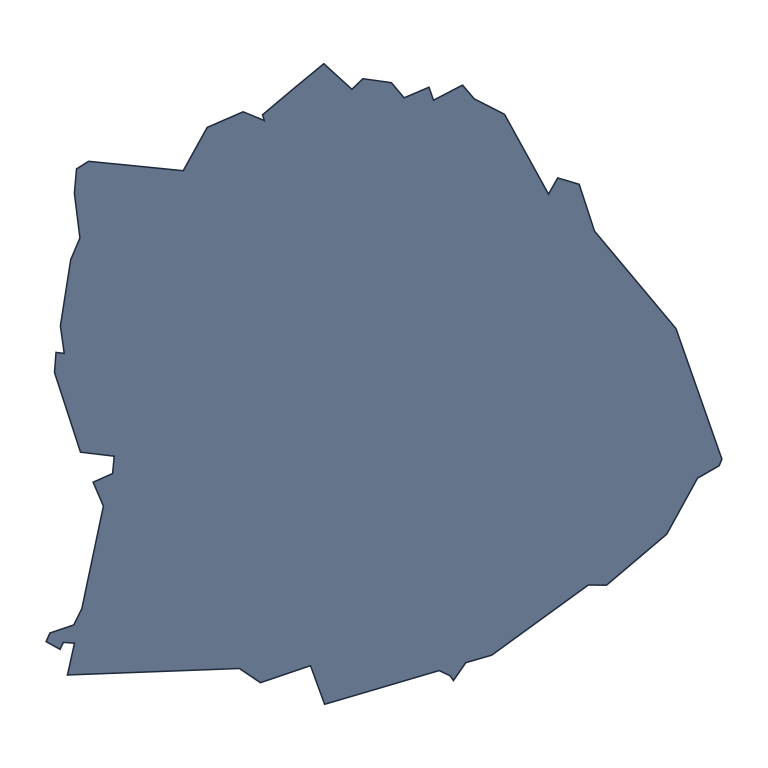 the district of Cumberland, Tennessee, United States of America
{"feature_id": "52423323B38317111384008", "entity_name": "Cumberland", "entity_type": "district", "adm_level": 2, "iso_a3": "USA", "parent_name": "United States of America", "parent_adm1": "Tennessee", "projection": "equal_earth", "projection_center": [-85.048, 35.958], "detail": "fine", "context": "isolated", "style": "filled", "palette": "slate", "viewbox_px": 768, "rotation_deg": 0, "n_neighbors": 0, "source": "geoboundaries", "source_scale": "gbopen_adm2", "svg_char_len": 822}
<svg xmlns="http://www.w3.org/2000/svg" viewBox="0 0 768 768"><path d="M462.5,85.1L433.5,100.2L429.0,87.2L404.1,97.8L391.4,82.7L362.9,78.7L351.9,89.3L323.8,63.7L292.8,89.3L262.5,114.8L264.3,120.5L243.1,111.8L207.2,127.4L183.2,170.7L88.6,161.3L76.5,168.9L74.4,193.3L79.9,238.0L70.7,259.7L60.4,325.9L64.2,353.4L56.0,352.4L54.5,372.5L80.5,452.2L114.2,456.2L112.6,473.5L93.1,482.2L103.4,506.1L81.8,608.7L73.8,624.9L49.9,633.0L46.1,641.6L60.1,649.4L63.4,642.4L74.5,643.2L67.9,673.0L67.3,675.0L239.4,668.5L260.4,682.7L310.5,665.7L324.6,704.3L439.1,670.6L450.0,675.7L453.4,680.6L465.8,662.7L491.8,655.1L588.3,585.0L606.5,585.2L666.8,534.1L697.5,478.2L719.2,465.7L721.9,459.1L676.0,328.6L594.5,231.1L579.2,184.3L557.7,177.9L548.5,194.1L504.5,114.3L474.2,98.8L462.5,85.1Z" fill="#64748b" stroke="#1e293b" stroke-width="1.5"/></svg>